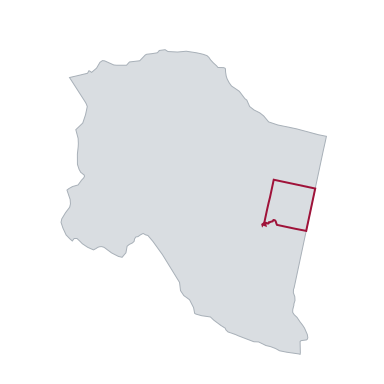 Kalangala on a map of Uganda (Albers equal-area conic projection), rotated 282°
{"feature_id": "UGA-2631", "entity_name": "Kalangala", "entity_type": "District", "adm_level": 1, "iso_a3": "UGA", "parent_name": "Uganda", "parent_adm1": "", "projection": "albers", "projection_center": [32.167, -0.565], "detail": "fine", "context": "in_parent", "style": "outline", "palette": "rose", "viewbox_px": 384, "rotation_deg": 282, "n_neighbors": 0, "source": "natural_earth", "source_scale": "10m", "svg_char_len": 2831}
<svg xmlns="http://www.w3.org/2000/svg" viewBox="0 0 384 384"><g transform="rotate(282 192 192)"><path d="M274.4,311.9L268.9,311.9L259.9,311.8L250.9,311.8L241.9,311.8L232.9,311.8L224.0,311.8L215.0,311.8L206.0,311.8L197.0,311.8L188.0,311.8L179.0,311.8L170.0,311.8L161.0,311.8L152.0,311.8L143.0,311.8L134.0,311.8L125.0,311.8L119.7,311.8L118.7,311.7L117.9,311.5L114.5,312.1L111.0,314.3L107.3,315.3L103.3,314.9L102.8,315.2L100.8,315.1L97.9,315.0L95.2,315.5L93.2,317.5L91.2,320.8L87.5,324.6L84.6,328.0L82.2,330.4L76.6,334.4L73.5,335.6L72.0,335.4L71.1,334.7L69.3,329.6L68.2,328.8L57.3,331.4L55.7,331.5L55.8,329.9L55.0,318.0L54.9,310.7L56.3,306.1L57.1,300.9L57.2,296.2L59.2,288.3L58.4,283.6L61.0,267.0L61.6,264.3L62.6,256.3L64.2,253.8L65.7,252.8L67.5,247.9L71.1,240.1L73.6,236.0L73.0,227.2L73.4,221.2L73.9,219.8L79.2,217.6L86.1,212.0L89.0,205.5L93.1,201.3L101.0,198.6L124.5,176.2L135.5,164.1L140.3,157.9L140.4,155.7L141.3,152.8L139.4,150.5L137.1,148.4L136.4,146.5L134.4,145.6L131.6,145.6L129.7,144.2L127.6,141.5L125.5,139.8L118.8,140.0L113.6,137.2L113.7,133.4L115.7,126.0L119.6,117.5L119.8,115.1L119.3,113.1L118.3,111.4L116.6,109.7L114.9,107.7L116.2,101.5L118.6,95.5L120.6,92.5L122.6,89.2L122.0,86.4L119.2,85.1L120.7,82.4L123.8,77.8L129.8,73.3L135.1,70.2L138.6,70.2L145.5,72.6L151.7,75.5L155.1,75.6L159.3,74.4L167.9,69.3L169.9,71.0L172.5,74.0L175.2,79.1L180.6,81.5L183.2,83.1L185.0,83.6L186.1,83.1L188.1,79.1L190.6,76.9L195.2,74.2L205.3,72.0L212.5,71.3L215.6,70.8L220.7,69.5L228.8,65.4L236.7,70.8L245.4,71.8L253.8,71.8L256.3,70.2L257.8,68.9L266.6,60.2L278.5,48.4L286.4,65.1L289.2,66.0L288.8,67.5L288.1,68.9L293.3,72.9L299.7,75.0L301.9,77.1L302.1,79.3L300.0,89.1L300.3,91.8L302.4,101.6L306.2,103.8L309.5,113.6L316.3,117.8L317.3,119.0L318.9,123.8L320.9,129.0L322.6,130.2L323.6,130.5L325.6,136.1L324.4,139.2L325.9,148.7L328.5,157.1L329.1,167.3L329.1,171.7L329.0,174.4L328.5,178.3L327.2,180.5L325.1,182.7L322.7,186.1L320.6,189.7L319.2,191.5L320.2,197.0L320.0,198.4L319.4,199.1L316.3,199.9L312.4,201.4L310.0,202.8L306.6,205.6L303.9,208.6L300.3,217.4L294.3,224.3L293.3,226.5L287.6,230.6L285.1,235.7L283.5,241.9L281.3,246.3L276.5,252.4L275.4,262.0L275.5,281.3L274.3,303.2L274.4,311.9Z" fill="#d9dde1" stroke="#a8b0b8" stroke-width="1"/><path d="M214.7,311.8L205.5,311.8L196.3,311.8L187.0,311.8L177.7,311.8L177.5,300.3L177.5,282.0L178.5,281.2L179.6,280.6L180.8,279.9L181.6,278.8L181.5,277.5L180.0,276.9L179.7,276.0L179.2,275.2L178.8,274.7L178.7,274.3L178.6,273.9L178.5,273.6L178.1,273.5L177.7,273.5L177.4,273.5L177.1,273.3L176.9,272.8L177.2,271.5L177.2,270.7L176.7,270.4L176.2,270.4L174.5,271.0L174.9,269.0L175.1,268.2L174.8,268.2L174.1,267.9L174.9,267.5L176.3,268.7L178.0,269.1L190.7,269.1L197.8,269.2L203.1,269.4L208.8,269.4L221.0,269.4L221.0,284.5L221.0,311.8L214.8,311.8L214.7,311.8Z" fill="none" stroke="#9f1239" stroke-width="2"/></g></svg>